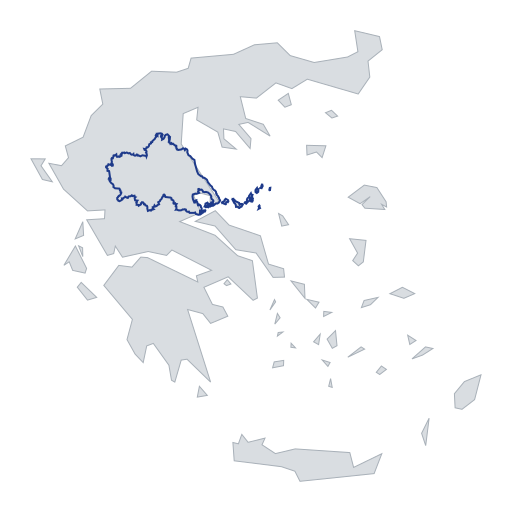 location of Thessalias, Thessalia, Greece
{"feature_id": "26713481B23289270995723", "entity_name": "Thessalias", "entity_type": "district", "adm_level": 2, "iso_a3": "GRC", "parent_name": "Greece", "parent_adm1": "Thessalia", "projection": "orthographic", "projection_center": [22.955, 39.583], "detail": "fine", "context": "in_parent", "style": "outline", "palette": "blue", "viewbox_px": 512, "rotation_deg": 0, "n_neighbors": 0, "source": "geoboundaries", "source_scale": "gbopen_adm2", "svg_char_len": 9747}
<svg xmlns="http://www.w3.org/2000/svg" viewBox="0 0 512 512"><path d="M354.7,30.7L379.5,36.6L382.2,49.7L368.0,61.1L369.8,77.1L358.2,94.0L307.3,79.2L291.9,88.6L275.9,82.9L256.4,98.1L240.3,96.7L245.7,118.5L263.3,124.3L270.1,136.1L248.1,122.4L238.8,124.4L251.0,138.6L250.1,148.5L235.6,131.5L223.5,128.9L223.9,138.8L236.2,149.1L222.1,147.1L217.8,132.1L196.7,119.9L198.0,107.3L183.2,113.6L181.2,144.0L218.8,201.2L209.9,206.1L210.3,195.7L197.9,192.5L193.7,195.7L196.1,201.6L200.2,210.8L205.4,210.3L179.7,221.6L215.1,235.3L237.6,255.7L252.4,260.7L257.4,298.1L253.1,300.3L228.2,276.8L203.9,287.3L212.4,304.4L222.9,307.0L227.8,316.2L210.6,323.4L202.8,313.6L187.6,309.5L210.6,382.1L187.0,359.2L181.2,360.1L174.8,382.1L171.5,380.2L168.9,365.2L153.3,343.4L146.7,345.9L143.2,362.6L135.1,354.1L127.0,339.6L132.4,319.4L103.8,285.4L118.8,265.4L132.0,267.1L140.8,257.1L147.5,257.6L197.8,282.0L196.4,275.8L211.6,270.3L171.9,250.0L166.6,255.4L148.2,251.5L122.5,257.2L115.3,246.1L113.7,253.6L107.4,255.4L86.7,219.8L104.5,218.7L105.0,209.9L87.5,210.9L63.5,189.1L48.9,163.3L61.5,165.7L68.5,157.7L65.3,145.9L83.1,137.2L91.2,115.6L102.8,104.1L99.8,89.0L130.5,88.3L151.6,71.2L176.6,72.2L188.2,68.3L191.1,58.1L233.5,54.3L254.4,44.8L277.3,42.8L290.2,55.6L314.2,62.5L347.6,57.0L357.9,51.7L354.7,30.7ZM248.1,442.3L265.0,438.1L262.0,444.8L275.4,453.6L295.2,448.9L349.8,452.6L353.6,467.4L381.8,453.7L374.1,473.6L300.0,481.3L294.9,471.2L281.5,466.7L234.2,460.8L232.9,442.5L238.4,443.8L241.8,434.4L248.1,442.3ZM215.3,210.7L229.1,225.1L260.4,235.8L268.5,264.1L283.6,268.7L284.5,277.1L273.1,277.4L256.1,253.0L235.8,249.7L215.0,226.0L195.3,221.4L215.3,210.7ZM376.9,187.6L386.1,201.8L386.6,207.0L381.6,204.3L384.8,209.5L364.9,208.2L362.0,204.6L370.2,196.6L360.1,203.7L348.2,197.2L364.3,185.1L376.9,187.6ZM462.0,409.3L455.1,407.8L454.4,393.7L464.4,381.6L481.0,374.8L474.6,399.6L462.0,409.3ZM363.3,261.9L358.4,265.8L352.7,260.6L357.6,253.1L349.6,238.7L366.0,240.4L363.3,261.9ZM75.4,246.0L86.6,268.4L85.1,273.1L72.7,270.4L69.2,261.8L63.9,265.3L75.4,246.0ZM52.3,181.8L42.4,179.5L31.0,158.8L45.2,158.9L41.0,165.8L52.3,181.8ZM325.9,145.8L322.1,157.6L316.5,152.0L307.0,155.0L306.6,145.3L325.9,145.8ZM402.4,287.3L414.7,293.6L403.9,298.3L389.9,293.7L402.4,287.3ZM291.3,104.7L284.9,107.2L278.2,100.2L288.3,93.4L291.3,104.7ZM81.2,282.4L96.7,297.4L87.5,300.1L77.3,287.2L81.2,282.4ZM337.0,345.7L332.3,348.3L327.1,339.1L335.5,330.6L337.0,345.7ZM304.4,284.3L305.0,298.4L291.0,280.9L304.4,284.3ZM429.1,418.2L425.7,445.6L421.6,433.3L429.1,418.2ZM83.6,235.4L75.2,238.9L82.8,221.7L83.6,235.4ZM207.3,395.4L197.3,397.1L199.4,386.3L207.3,395.4ZM412.0,358.9L425.5,346.9L432.9,348.5L422.5,355.1L412.0,358.9ZM361.4,307.6L364.1,300.5L378.0,297.4L370.5,304.7L361.4,307.6ZM320.2,334.1L318.6,344.6L313.6,341.8L320.2,334.1ZM319.0,302.2L315.5,308.0L306.9,299.4L319.0,302.2ZM288.6,224.7L281.7,226.1L278.6,213.5L282.7,215.9L288.6,224.7ZM337.6,116.1L331.9,118.0L325.5,112.7L331.5,110.3L337.6,116.1ZM283.7,360.4L283.5,365.7L272.6,367.8L274.2,361.9L283.7,360.4ZM364.6,349.1L347.8,357.2L361.1,346.9L364.6,349.1ZM275.6,301.9L269.9,310.0L274.5,299.6L275.6,301.9ZM331.7,312.4L323.6,316.5L323.8,311.4L331.7,312.4ZM386.4,369.4L379.7,374.5L376.3,372.3L381.4,366.0L386.4,369.4ZM416.0,340.5L409.8,344.5L407.7,335.2L416.0,340.5ZM280.1,317.8L274.8,324.1L277.4,313.4L280.1,317.8ZM82.6,247.8L82.8,256.6L78.6,245.8L82.6,247.8ZM330.1,362.5L327.9,366.4L322.2,360.0L330.1,362.5ZM242.1,205.1L236.3,206.4L232.5,198.9L242.1,205.1ZM230.9,284.0L226.5,285.6L224.0,283.7L227.3,279.7L230.9,284.0ZM282.9,332.0L277.4,336.1L278.2,332.5L282.9,332.0ZM330.6,378.6L332.2,387.4L328.7,386.3L330.6,378.6ZM295.5,347.9L290.9,347.3L291.1,343.2L295.5,347.9Z" fill="#d9dde1" stroke="#a8b0b8" stroke-width="1"/><path d="M157.1,133.7L157.5,134.4L157.5,135.4L156.5,134.4L156.0,134.9L155.7,135.5L156.4,136.7L155.5,137.5L154.9,138.8L152.3,141.2L152.2,142.1L150.9,142.3L151.0,143.4L149.2,144.3L149.0,145.7L148.5,146.6L147.6,147.4L146.6,147.3L146.3,148.3L145.2,149.1L144.2,148.9L144.6,149.9L145.6,150.0L146.5,151.2L146.5,151.9L146.0,152.6L146.5,153.3L146.9,155.3L146.5,156.4L146.4,156.0L142.5,155.3L140.3,156.3L139.0,155.6L138.0,155.7L137.6,154.7L136.7,154.5L135.8,155.6L134.6,155.6L133.5,154.9L133.4,154.1L133.1,154.4L131.7,154.7L130.9,154.3L129.8,153.0L128.4,153.4L126.8,152.5L124.8,153.2L124.2,152.5L122.7,153.0L122.2,152.7L121.0,154.1L121.7,154.3L121.3,155.3L121.5,155.7L120.5,156.3L120.0,156.2L119.6,156.9L119.1,156.9L118.7,156.4L117.1,156.9L116.5,155.9L116.3,154.4L114.9,155.5L114.1,155.2L113.5,155.5L113.5,156.5L112.7,157.9L112.8,158.4L112.1,158.7L111.7,158.3L111.5,158.6L111.5,160.1L111.9,161.9L111.4,163.4L111.9,163.3L112.5,163.9L112.5,164.7L112.9,165.0L112.7,165.7L111.9,165.8L111.5,165.0L110.6,164.9L110.2,164.4L109.2,164.7L108.4,164.3L108.0,165.4L107.3,165.6L107.1,166.3L106.1,166.5L106.1,167.4L107.7,168.8L107.4,170.0L107.5,170.9L109.0,171.0L109.2,171.5L110.0,177.3L109.3,177.7L108.8,178.8L109.6,179.1L110.6,178.9L110.6,180.1L109.5,180.5L109.8,181.2L111.2,183.0L113.1,184.4L113.6,185.8L113.4,187.0L115.1,188.3L119.4,188.6L119.8,189.3L119.9,190.3L120.4,190.4L120.6,191.1L120.6,192.3L121.3,192.5L121.2,193.3L120.4,194.8L119.4,195.8L118.9,195.8L118.7,196.3L118.1,196.6L118.0,197.2L117.2,197.9L117.3,199.5L118.2,200.2L118.3,200.7L119.5,201.2L121.0,200.4L122.2,199.6L122.0,198.6L122.8,198.8L123.2,198.1L124.9,197.2L125.2,196.6L127.3,197.9L128.0,197.8L128.2,196.9L128.8,196.4L130.5,196.3L131.8,195.3L132.4,196.1L134.5,195.7L134.8,197.0L135.4,197.2L134.6,197.9L135.1,200.3L137.4,200.6L136.8,201.4L136.8,202.3L136.3,202.5L136.7,204.2L136.6,204.8L138.5,204.9L138.7,205.7L140.7,204.6L141.1,204.0L140.9,203.3L141.6,203.1L142.0,202.2L143.1,202.4L144.0,203.6L144.0,204.3L145.1,204.4L145.4,205.4L146.9,205.8L147.4,207.0L147.3,208.5L147.9,210.9L149.9,210.1L150.9,210.6L151.5,209.6L152.0,209.8L153.7,209.2L153.0,208.6L152.7,207.2L153.9,206.9L154.5,205.4L155.3,206.5L156.7,206.0L157.4,205.1L159.1,204.3L158.2,202.2L159.9,201.2L160.2,200.1L161.3,199.3L162.5,196.8L163.3,196.3L163.3,195.6L163.7,195.7L163.5,195.3L163.9,194.6L164.3,194.6L164.9,195.4L165.4,197.0L170.7,197.6L171.5,198.3L171.5,199.6L173.3,200.4L173.8,201.7L173.4,203.0L173.6,203.6L174.2,203.8L175.2,203.2L175.9,204.1L176.5,204.1L175.8,205.2L176.1,205.7L175.8,206.4L176.4,206.6L176.4,208.8L175.9,209.7L176.9,209.6L178.4,210.3L180.1,210.4L181.5,210.2L182.7,209.4L183.8,209.5L184.7,209.2L185.9,209.6L185.8,210.5L186.9,211.6L188.2,211.9L188.9,211.6L189.6,212.9L194.5,212.9L195.1,212.5L196.0,214.1L198.4,214.8L200.3,214.5L201.8,213.4L201.9,212.9L202.9,212.7L203.4,211.8L204.9,211.6L205.4,210.6L205.3,210.3L203.7,210.4L200.0,212.4L200.0,210.6L201.5,210.4L201.7,208.3L200.8,207.0L200.9,206.1L199.9,204.9L198.7,204.3L199.0,205.3L198.0,205.3L197.2,202.0L196.8,201.5L196.2,201.6L196.3,200.3L195.4,200.6L195.7,201.6L195.0,202.6L194.3,202.6L192.9,199.1L192.5,196.4L192.8,194.5L195.4,193.6L196.6,193.8L199.1,192.9L198.1,191.6L199.1,190.1L198.3,189.7L198.4,189.0L198.9,188.9L200.4,189.8L201.6,189.6L202.6,190.6L203.0,191.8L204.9,192.2L205.9,191.9L208.2,192.6L210.4,194.7L211.3,196.3L211.1,197.3L211.8,199.2L213.2,200.3L213.4,201.1L212.9,202.3L212.9,203.0L212.3,203.2L211.8,202.3L211.1,202.5L211.1,204.4L210.7,204.5L209.7,204.1L210.0,204.9L209.3,204.8L207.5,206.2L206.9,206.4L206.9,206.0L208.0,204.3L207.4,202.7L205.5,203.6L205.3,205.1L204.6,206.5L205.6,206.7L205.7,207.2L207.4,207.0L208.3,207.3L208.8,206.6L210.2,206.6L210.9,206.0L213.2,205.7L213.6,205.4L212.6,205.0L212.9,204.4L214.7,204.4L216.0,203.5L217.5,203.5L218.7,202.7L219.7,201.2L220.1,200.3L219.1,198.8L219.0,197.8L218.3,197.1L218.3,196.5L216.5,194.5L216.6,193.6L216.1,193.2L216.0,191.9L215.0,190.5L214.3,190.3L212.6,188.6L211.9,186.6L210.5,185.5L207.9,182.2L206.9,179.7L204.4,177.8L202.9,177.7L202.2,176.4L201.0,176.2L198.3,174.1L197.1,171.4L195.1,164.2L194.4,159.9L192.4,158.7L190.3,156.1L188.5,155.2L187.4,152.5L187.5,150.5L187.1,149.5L184.8,148.1L185.6,149.2L184.8,150.0L184.4,148.9L182.9,148.3L181.6,149.4L178.1,150.0L177.2,149.1L176.9,149.3L176.4,148.5L176.4,147.0L175.9,146.7L176.3,145.9L176.0,145.6L174.6,145.2L173.0,143.7L172.0,144.1L171.4,143.1L170.4,143.8L170.2,143.1L169.5,142.8L169.5,142.0L168.8,141.9L168.9,141.0L169.3,140.8L169.7,139.9L170.0,137.1L169.3,137.1L168.8,137.8L168.7,137.0L169.1,136.0L167.5,134.3L165.8,134.8L164.8,135.8L164.6,137.1L163.5,138.9L162.1,139.6L162.2,138.9L161.7,137.8L161.9,136.4L161.0,136.6L160.9,136.2L161.4,135.1L162.5,134.6L161.9,133.7L160.5,133.3L157.1,133.7ZM239.1,202.9L235.0,201.0L234.6,200.0L233.6,199.6L233.4,198.8L232.6,198.9L232.3,199.3L234.3,203.1L235.1,203.6L235.7,204.6L236.0,206.9L238.0,206.8L238.4,207.1L238.6,207.8L239.4,208.0L240.3,207.1L241.5,206.7L242.8,204.5L242.2,204.0L240.8,203.9L240.2,204.0L239.7,204.8L239.3,204.2L239.1,202.9ZM247.6,202.0L249.3,200.8L249.9,198.8L252.5,194.9L251.2,194.3L250.9,193.3L249.0,196.0L248.9,197.2L247.6,198.1L247.1,199.0L246.9,199.8L247.2,200.9L245.6,202.2L244.9,202.3L244.6,202.9L246.2,203.7L247.6,202.0ZM228.4,201.4L228.1,200.2L225.7,198.8L224.7,199.8L224.8,200.7L221.9,202.4L222.2,203.1L222.8,202.9L223.7,203.6L224.8,203.4L225.0,204.1L225.7,204.3L225.9,204.1L225.6,203.4L226.5,202.1L227.6,201.8L227.9,202.1L228.4,201.4ZM256.7,189.8L257.2,188.7L257.0,188.0L255.6,189.8L255.4,191.1L255.7,191.4L256.3,191.1L256.7,191.5L256.2,191.7L255.8,192.3L256.8,193.0L258.2,191.9L258.4,189.3L257.4,188.9L256.7,189.8ZM251.9,196.6L251.6,198.1L252.3,199.6L250.3,200.6L251.2,201.6L252.3,201.6L252.8,200.4L252.6,199.7L252.9,198.7L252.4,198.4L252.4,197.2L251.9,196.6ZM261.6,188.2L262.7,186.0L262.3,185.5L262.3,183.8L261.4,185.7L261.3,187.0L260.3,187.9L261.6,188.2ZM258.7,208.8L260.0,208.1L259.5,207.2L259.6,205.8L259.4,205.5L258.6,206.4L259.1,207.9L258.7,208.8ZM270.3,187.8L269.8,187.9L269.3,189.9L269.5,190.2L270.0,190.1L270.3,187.8Z" fill="none" stroke="#1e3a8a" stroke-width="2"/></svg>